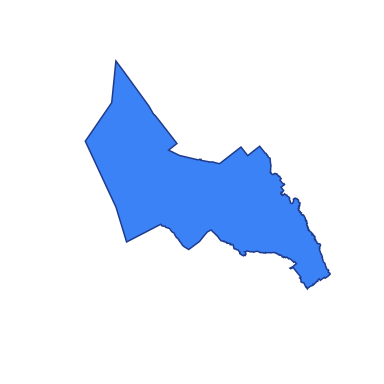 the district of Cruz del Eje, Córdoba, Argentina, rotated 322°
{"feature_id": "61730980B83091517859764", "entity_name": "Cruz del Eje", "entity_type": "district", "adm_level": 2, "iso_a3": "ARG", "parent_name": "Argentina", "parent_adm1": "Córdoba", "projection": "mercator", "projection_center": [-64.875, -30.658], "detail": "fine", "context": "isolated", "style": "filled", "palette": "blue", "viewbox_px": 384, "rotation_deg": 322, "n_neighbors": 0, "source": "geoboundaries", "source_scale": "gbopen_adm2", "svg_char_len": 6069}
<svg xmlns="http://www.w3.org/2000/svg" viewBox="0 0 384 384"><g transform="rotate(322 192 192)"><path d="M139.2,86.3L122.7,157.4L109.7,191.1L147.5,198.2L147.5,200.3L149.6,202.5L149.6,203.7L151.9,207.0L151.6,210.7L152.6,213.3L152.0,215.9L151.7,218.5L152.2,219.5L152.2,221.6L151.9,222.3L152.0,224.3L151.7,228.2L152.0,229.8L154.0,235.3L167.5,235.6L175.0,233.8L179.6,232.9L183.7,233.7L183.9,234.4L183.8,235.6L184.3,238.1L184.6,241.0L184.9,242.6L184.9,244.1L184.7,245.5L184.9,246.7L184.7,247.9L185.0,248.2L185.4,249.1L186.1,249.7L186.4,250.5L186.6,250.5L187.0,250.3L187.1,250.5L187.0,251.3L187.1,251.6L187.6,252.3L188.2,252.6L188.4,252.9L188.4,253.2L188.0,253.5L188.0,254.1L189.4,254.9L189.7,256.0L190.2,256.1L190.6,256.3L190.4,256.7L189.8,257.1L190.6,258.0L191.6,258.4L191.9,258.8L191.8,259.3L191.1,260.5L190.8,261.5L190.2,262.5L190.8,263.3L191.3,263.6L191.5,264.1L191.4,264.6L192.4,265.8L192.6,266.3L192.5,267.1L192.5,268.0L192.5,268.6L192.8,269.0L192.3,269.7L191.9,269.6L191.7,270.0L192.5,272.5L192.8,272.7L193.0,273.6L193.4,274.1L193.9,274.1L194.3,273.7L194.6,273.7L195.0,274.8L196.4,274.0L197.2,272.2L197.0,271.8L197.6,272.1L198.8,272.1L201.7,275.6L202.5,275.9L203.0,276.2L203.3,276.7L203.5,277.5L204.7,277.7L205.8,278.2L207.2,279.1L207.5,279.6L207.9,280.3L207.9,280.7L208.5,281.8L210.5,283.4L210.8,284.0L211.0,284.0L211.1,284.3L211.4,284.3L211.7,284.7L212.1,284.9L212.3,285.4L212.8,285.0L213.0,285.4L214.1,286.2L214.4,286.6L215.0,286.9L216.1,287.9L216.6,288.1L216.7,288.4L217.2,288.8L218.9,289.7L219.3,290.4L219.8,290.6L220.1,291.2L220.4,291.2L220.5,291.8L220.7,292.3L220.7,292.5L220.8,292.5L221.5,293.5L221.5,294.7L222.1,294.8L222.3,295.9L222.9,296.0L223.1,296.4L223.2,297.0L223.5,297.3L223.1,298.4L223.4,298.8L223.6,298.8L223.7,299.0L223.5,299.5L223.6,299.9L224.3,299.9L224.4,300.2L225.1,300.2L225.4,301.1L225.2,301.2L225.3,301.4L226.8,301.8L226.8,302.4L227.0,304.2L227.1,304.3L227.9,304.4L228.0,304.7L228.5,306.5L228.8,308.7L229.0,308.7L229.1,308.9L228.9,309.9L229.3,309.9L229.9,310.1L229.9,310.5L230.1,310.8L230.0,311.9L230.1,312.8L228.0,312.7L225.3,312.9L222.3,312.3L222.5,313.2L225.3,313.9L225.2,317.0L225.4,326.0L225.2,326.3L224.8,326.4L224.3,326.0L223.9,326.0L224.2,326.9L223.9,327.8L223.9,328.6L223.3,328.9L223.0,329.4L222.6,329.8L223.1,331.2L224.2,332.5L223.2,336.9L223.7,337.0L223.6,337.6L223.3,337.7L223.3,338.5L223.5,338.7L223.3,339.4L224.6,339.0L225.5,339.2L227.3,339.0L227.7,339.3L228.7,339.6L228.9,339.8L229.7,339.8L230.4,340.0L230.6,339.5L230.6,339.3L231.0,339.6L231.9,339.5L232.0,339.8L232.3,339.6L232.9,339.5L233.7,339.7L234.1,339.4L234.5,339.5L235.0,339.2L235.4,339.3L235.8,339.7L236.2,339.8L236.4,339.7L236.5,339.1L236.8,338.9L238.7,338.8L238.7,340.6L243.6,340.7L243.8,341.9L247.9,342.1L249.1,341.9L250.1,341.9L250.5,341.5L250.6,340.6L250.5,340.4L250.3,340.2L250.3,339.6L250.1,339.5L250.0,339.2L250.2,338.7L251.3,338.1L251.5,337.4L251.4,337.0L250.7,336.4L250.7,335.8L251.0,335.3L251.3,334.1L251.2,333.7L251.5,333.5L251.7,332.5L252.7,330.4L252.8,329.6L252.5,328.5L252.5,328.0L254.2,324.0L254.4,323.8L254.3,323.6L254.4,323.3L254.8,323.3L255.7,320.5L255.4,320.2L257.3,315.2L257.9,315.2L258.1,314.3L258.6,314.3L258.9,313.7L259.4,313.7L260.7,312.9L260.8,311.7L259.7,310.3L258.9,309.8L259.6,308.3L259.6,306.8L259.5,306.6L259.9,306.1L259.6,305.9L259.3,305.9L259.5,305.3L259.9,305.1L259.7,304.9L259.8,304.7L259.5,304.6L259.9,304.0L260.2,304.0L260.3,303.8L260.8,303.7L260.9,303.1L261.4,302.8L261.4,302.4L261.1,302.1L261.2,301.7L260.8,301.0L261.2,300.7L261.1,300.1L260.2,299.3L260.4,299.2L260.7,299.4L261.2,299.1L261.0,298.9L261.1,298.4L261.2,298.2L261.2,297.5L261.1,296.9L260.8,296.6L260.8,295.2L260.4,294.7L260.7,294.3L260.4,294.1L260.1,293.5L260.3,293.2L261.0,293.2L260.9,291.8L261.1,291.4L261.4,291.8L261.6,291.6L261.5,290.9L261.9,290.5L261.7,289.8L261.9,289.7L262.1,289.7L262.2,289.4L262.1,288.4L263.3,287.8L263.0,287.4L263.5,287.0L264.0,286.2L263.7,285.7L263.8,285.5L264.1,285.3L264.5,285.4L264.6,284.7L264.0,284.2L264.3,283.7L264.7,283.5L264.7,283.0L264.9,282.8L265.3,281.8L265.5,279.9L265.7,279.5L265.6,279.3L265.1,279.0L265.1,278.9L265.5,278.5L265.5,278.1L265.0,277.7L264.6,277.7L264.6,277.2L264.3,277.0L264.7,276.0L265.3,275.7L264.8,275.2L264.7,274.6L265.2,274.0L265.1,273.9L264.7,273.8L264.9,273.4L265.0,272.9L264.6,272.4L265.1,271.9L264.9,271.5L265.4,271.2L265.5,270.7L266.1,270.9L266.5,270.7L266.5,270.0L266.8,270.0L267.0,269.8L266.9,269.6L267.0,269.4L267.5,269.4L267.7,269.6L267.9,269.5L267.9,268.5L268.9,268.7L269.1,268.1L269.9,267.7L270.4,267.2L270.3,266.9L269.9,266.5L270.1,266.0L269.8,265.4L270.9,263.8L270.8,263.6L270.8,263.3L270.4,262.7L270.4,262.4L270.6,261.8L269.9,261.4L269.9,260.9L269.6,260.4L269.2,260.5L268.8,260.2L268.5,260.4L268.3,260.1L267.9,260.3L267.5,260.1L267.1,260.6L267.1,261.1L266.3,261.7L266.1,262.0L265.3,262.3L265.1,262.5L264.1,262.8L263.5,262.4L262.9,261.8L262.8,261.4L263.6,260.2L263.6,259.5L263.9,259.2L264.0,257.9L264.9,257.4L265.3,256.3L265.1,255.3L264.5,253.7L264.8,252.8L264.3,252.7L264.2,252.5L263.9,251.5L263.9,250.4L261.9,250.6L261.4,250.5L261.5,250.2L260.9,249.7L261.1,249.4L261.5,249.2L261.6,248.8L261.5,248.7L260.9,248.7L260.8,248.4L261.2,247.6L262.3,247.1L262.6,247.4L262.6,247.9L265.1,247.3L265.1,243.0L269.5,243.1L269.6,242.0L269.2,241.9L268.8,241.6L268.5,237.0L269.5,236.8L269.6,236.5L270.1,236.2L270.3,236.3L270.6,236.2L270.2,235.1L270.8,233.7L269.8,232.6L270.1,231.8L269.7,231.1L270.1,230.1L270.0,229.8L269.3,229.5L269.0,228.6L268.5,228.3L267.8,228.1L267.3,228.2L267.1,228.4L266.7,228.3L265.7,226.5L266.2,225.3L265.7,224.8L266.3,224.5L266.4,224.2L267.1,223.6L267.5,223.0L268.3,222.3L268.4,221.7L269.8,220.6L270.0,220.1L270.3,220.0L270.7,219.5L271.5,217.8L274.3,213.5L273.6,211.8L273.8,211.0L274.1,209.0L273.8,208.7L274.1,207.1L273.9,206.8L273.6,206.5L273.5,197.6L258.3,197.6L258.3,186.7L231.3,186.7L229.4,184.6L226.7,180.9L226.4,180.6L225.3,180.1L218.5,172.5L219.2,171.9L218.2,170.9L217.1,170.9L215.3,168.8L204.7,155.6L199.3,144.6L210.0,144.5L210.1,110.5L210.0,108.2L209.6,107.0L210.9,98.0L212.4,56.0L212.7,41.9L183.7,72.2L139.2,86.3Z" fill="#3b82f6" stroke="#1e3a8a" stroke-width="1.5"/></g></svg>